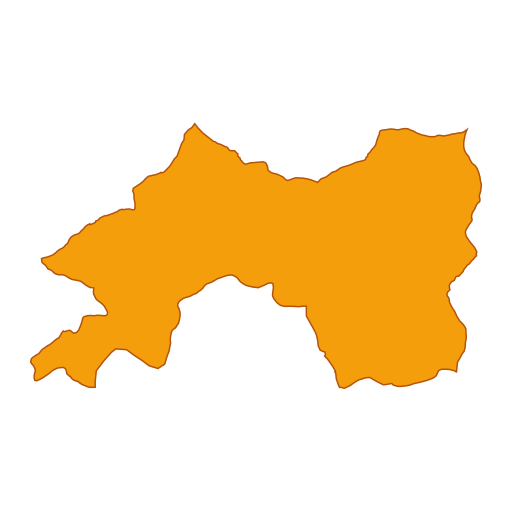 Makambako Township Authority, Njombe, United Republic of Tanzania
{"feature_id": "72390352B34261430797900", "entity_name": "Makambako Township Authority", "entity_type": "district", "adm_level": 2, "iso_a3": "TZA", "parent_name": "United Republic of Tanzania", "parent_adm1": "Njombe", "projection": "mercator", "projection_center": [34.908, -8.902], "detail": "fine", "context": "isolated", "style": "filled", "palette": "amber", "viewbox_px": 512, "rotation_deg": 0, "n_neighbors": 0, "source": "geoboundaries", "source_scale": "gbopen_adm2", "svg_char_len": 5990}
<svg xmlns="http://www.w3.org/2000/svg" viewBox="0 0 512 512"><path d="M194.7,123.7L192.1,127.4L188.1,130.1L184.4,134.5L184.0,139.8L181.7,143.4L177.1,156.1L174.2,159.1L171.7,163.3L169.5,166.5L164.2,171.9L162.1,172.8L160.5,172.2L160.7,172.4L159.5,173.3L155.2,174.8L152.2,175.4L148.3,176.3L145.2,179.0L143.3,181.3L139.3,184.4L133.4,188.2L133.0,189.5L132.8,191.1L133.6,193.0L134.0,194.6L134.0,198.3L135.0,203.5L135.1,205.2L134.9,208.6L134.3,209.6L134.0,209.8L132.3,209.8L129.8,209.0L128.2,209.0L123.5,209.6L121.5,209.3L120.8,209.7L119.6,209.9L117.8,211.1L116.8,212.0L115.2,212.3L112.4,213.7L109.2,214.7L107.4,215.5L105.7,215.6L103.4,216.3L100.0,218.0L97.5,220.6L95.9,220.9L95.2,222.5L90.4,224.7L89.4,224.3L89.5,224.0L87.5,224.9L85.2,226.7L83.1,229.2L81.2,230.9L79.6,232.8L77.9,234.0L76.0,234.4L73.6,235.4L71.4,236.9L70.4,238.0L68.7,240.6L68.5,241.5L67.6,243.4L65.6,244.9L64.1,246.8L62.0,248.5L61.4,248.5L60.0,249.4L59.7,249.4L57.2,251.3L55.0,253.4L52.3,255.2L47.2,257.1L43.6,257.8L41.5,258.6L41.7,260.8L42.2,262.6L43.4,263.7L44.8,264.7L46.3,266.2L46.9,267.4L48.2,269.1L51.0,270.1L52.3,271.1L53.9,272.8L56.3,274.2L59.5,274.8L62.3,274.7L64.9,275.4L69.4,278.2L71.9,279.4L78.2,280.6L80.8,281.3L86.3,285.4L90.2,287.6L92.2,287.6L93.8,288.0L93.4,292.2L93.7,294.2L95.9,298.7L97.3,300.2L102.3,304.0L104.2,306.0L105.9,309.0L107.4,312.0L107.6,312.9L107.3,314.1L106.4,315.4L104.8,315.8L97.7,315.2L93.6,315.8L91.5,315.5L90.2,315.5L87.9,315.6L84.2,316.6L83.1,317.5L82.5,319.0L82.0,321.4L80.7,325.3L78.7,330.1L77.3,331.8L76.1,332.5L74.7,333.0L73.6,333.2L70.2,330.5L69.1,330.3L65.1,331.5L63.9,331.4L63.3,331.0L62.4,332.0L61.5,333.2L60.7,334.9L59.0,337.7L57.4,338.5L54.7,340.5L53.0,342.1L49.5,344.8L47.9,345.5L41.9,349.7L38.6,353.9L36.9,354.6L32.5,357.6L31.6,358.5L31.1,359.6L30.7,362.2L31.3,363.2L33.7,366.1L34.5,367.8L35.3,369.9L35.1,371.8L34.1,375.5L34.2,378.0L34.7,380.3L36.7,380.8L40.2,379.2L43.2,377.5L48.2,374.1L52.8,370.4L55.8,368.8L58.2,367.9L63.0,367.4L65.2,368.5L65.6,369.1L66.4,371.2L66.7,373.4L67.5,374.5L68.5,375.2L69.7,376.4L70.5,376.4L71.0,377.8L73.3,379.8L75.1,380.7L77.4,381.3L78.7,382.0L79.8,383.1L80.2,383.1L81.6,384.3L88.2,387.0L90.2,387.3L95.2,387.3L95.2,381.5L96.3,370.7L104.3,360.3L111.3,352.4L115.8,348.9L126.6,349.7L133.6,354.9L142.7,360.9L149.1,365.8L158.0,368.5L164.7,364.1L167.4,355.2L169.0,351.3L169.9,346.3L170.6,343.3L170.2,338.7L171.0,333.9L171.6,331.5L173.2,329.5L175.5,327.8L178.5,323.2L179.5,319.3L180.0,316.1L180.1,313.3L179.7,311.0L178.7,308.0L178.0,306.9L177.7,305.6L177.8,304.0L179.0,301.7L181.1,299.8L184.1,298.0L190.2,296.2L193.0,294.6L195.7,293.6L197.5,292.5L198.7,291.3L200.1,290.7L201.4,289.5L202.9,288.1L204.6,285.6L206.9,283.8L209.7,282.9L212.9,281.5L217.1,278.9L226.1,275.7L229.2,275.1L232.0,275.0L235.1,276.3L237.4,278.0L240.2,281.6L243.0,283.6L246.1,285.4L252.0,286.9L258.2,287.7L263.4,285.6L268.5,283.1L271.7,282.9L273.0,283.9L273.4,287.7L272.5,294.4L272.7,296.3L273.9,298.8L276.8,302.5L280.3,305.3L284.7,306.4L290.5,306.2L299.1,306.7L302.2,306.2L306.3,306.2L306.4,316.1L312.8,327.5L315.2,332.0L316.6,335.4L317.7,340.6L318.3,346.0L320.1,350.1L322.4,351.2L325.0,352.1L325.5,355.0L324.6,356.0L325.9,357.5L327.1,358.5L329.0,361.1L332.9,366.7L335.5,371.3L334.9,371.7L335.8,373.8L336.3,378.8L337.9,383.5L339.2,386.9L340.1,387.5L341.1,387.3L344.2,388.3L349.7,385.8L356.1,381.4L359.5,379.6L362.6,378.8L365.4,377.8L369.8,377.5L376.6,381.4L383.1,384.7L384.6,384.7L391.8,383.5L393.1,385.0L398.0,386.4L400.5,386.4L405.5,385.9L409.4,385.2L414.8,383.3L418.3,382.7L426.9,380.4L433.7,377.8L436.3,375.6L438.5,370.7L441.4,369.3L445.3,369.2L449.8,369.5L455.0,371.0L455.9,371.8L456.5,371.9L457.5,362.2L460.6,356.8L461.8,354.4L464.2,351.1L465.2,347.0L465.4,342.5L466.2,338.5L466.2,335.4L465.9,332.3L465.9,329.2L465.0,327.0L463.0,324.2L459.7,320.9L457.0,316.6L454.8,311.7L452.0,307.4L449.6,302.6L449.1,299.0L448.5,297.4L447.4,296.2L446.8,294.2L447.8,291.9L449.9,289.8L449.5,288.0L449.3,286.0L449.6,284.5L451.4,281.9L453.0,281.1L454.3,280.3L455.7,277.1L457.0,276.3L458.7,276.2L460.3,274.7L461.3,273.3L462.7,272.1L463.4,270.9L463.8,269.6L466.1,266.8L466.7,265.6L469.3,263.8L472.2,260.2L473.4,259.2L474.6,257.5L476.6,255.7L476.1,253.9L476.6,253.0L476.8,252.1L476.3,250.9L474.6,247.5L469.6,241.4L466.7,237.1L466.1,235.8L465.3,232.2L465.9,230.0L469.3,224.3L471.8,221.0L472.1,219.0L471.5,217.9L471.8,214.2L473.2,211.3L474.9,208.7L475.9,206.1L476.9,204.3L477.7,203.2L479.6,201.7L479.9,200.5L479.8,198.2L479.2,196.0L480.6,191.4L481.3,186.1L481.3,184.1L480.6,181.8L480.0,178.4L479.9,176.5L479.4,175.5L479.0,173.4L477.1,168.5L475.2,165.7L472.2,163.4L470.2,160.1L468.6,156.4L466.2,153.6L464.9,151.2L464.1,148.8L463.7,146.0L463.7,143.0L463.9,141.0L464.8,136.6L465.1,134.6L467.0,129.6L464.0,131.8L461.1,132.8L458.3,133.0L454.7,133.8L452.2,134.0L449.4,134.9L443.5,136.0L441.0,135.5L439.1,135.3L437.4,135.5L435.1,136.6L432.8,136.7L430.4,136.7L428.2,136.4L424.6,135.4L422.7,135.2L416.7,133.0L413.5,131.1L411.9,130.6L408.3,129.0L407.1,128.7L405.3,128.6L402.6,128.8L398.8,129.7L397.5,129.8L392.5,129.1L390.3,129.0L384.2,130.0L382.3,130.1L381.6,130.3L380.4,130.7L379.6,132.1L379.3,134.2L377.3,139.1L375.6,145.0L372.8,148.7L371.8,149.5L369.9,152.4L368.1,153.9L367.7,155.2L367.5,156.3L367.1,156.8L366.2,157.3L365.5,159.4L364.6,160.1L362.8,160.7L356.1,162.3L350.1,164.9L342.5,167.2L340.2,168.1L336.0,171.1L331.9,172.4L329.1,174.8L326.2,176.9L321.0,178.9L317.5,182.5L316.0,181.7L310.7,179.8L307.4,178.9L302.5,178.1L295.7,177.8L292.7,178.7L289.7,179.9L287.5,180.5L285.7,179.6L283.0,177.0L277.2,174.2L272.5,173.1L271.0,172.4L269.6,171.5L268.2,170.3L267.8,169.5L267.6,166.9L266.8,164.8L265.9,163.1L264.6,162.3L263.0,161.8L250.1,162.9L245.3,164.3L242.8,162.5L241.7,161.0L241.1,160.5L240.4,159.5L240.1,158.1L239.6,157.8L237.9,156.1L237.8,153.9L234.6,150.8L233.4,150.6L232.0,150.8L229.7,150.4L228.5,149.2L227.9,148.0L226.4,146.9L224.4,146.3L221.1,144.6L217.5,143.4L216.5,142.9L215.7,142.0L214.1,141.6L212.8,140.9L202.7,132.9L198.2,128.2L194.7,123.7Z" fill="#f59e0b" stroke="#b45309" stroke-width="1.5"/></svg>